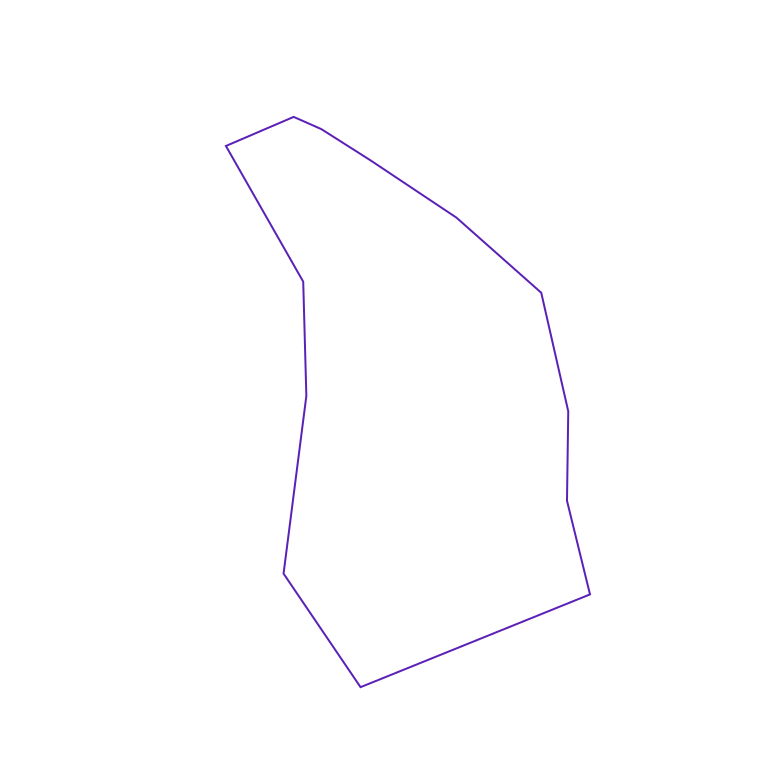 map outline of Central and Western (orthographic projection), rotated 60°
{"feature_id": "HKG-5153", "entity_name": "Central and Western", "entity_type": "state/province", "adm_level": 1, "iso_a3": "HKG", "parent_name": "Hong Kong S.A.R.", "parent_adm1": "", "projection": "orthographic", "projection_center": [114.135, 22.273], "detail": "fine", "context": "isolated", "style": "outline", "palette": "violet", "viewbox_px": 768, "rotation_deg": 60, "n_neighbors": 0, "source": "natural_earth", "source_scale": "10m", "svg_char_len": 331}
<svg xmlns="http://www.w3.org/2000/svg" viewBox="0 0 768 768"><g transform="rotate(60 384 384)"><path d="M98.8,401.9L107.5,328.7L132.0,310.8L183.5,283.9L276.1,238.1L383.6,202.2L499.8,238.1L576.6,283.9L669.2,310.8L634.8,555.9L498.0,565.8L355.5,457.2L255.0,402.8L98.8,401.9Z" fill="none" stroke="#5b21b6" stroke-width="2"/></g></svg>